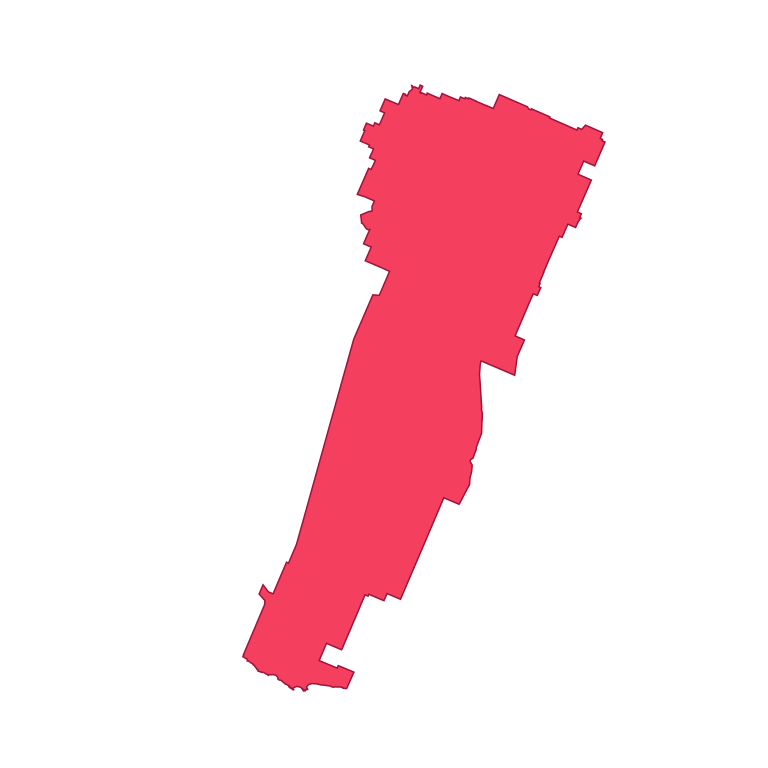 outline of Coorow, Western Australia, Australia, rotated 293°
{"feature_id": "25037944B10831634124389", "entity_name": "Coorow", "entity_type": "district", "adm_level": 2, "iso_a3": "AUS", "parent_name": "Australia", "parent_adm1": "Western Australia", "projection": "albers", "projection_center": [115.183, -29.979], "detail": "fine", "context": "isolated", "style": "filled", "palette": "rose", "viewbox_px": 768, "rotation_deg": 293, "n_neighbors": 0, "source": "geoboundaries", "source_scale": "gbopen_adm2", "svg_char_len": 5632}
<svg xmlns="http://www.w3.org/2000/svg" viewBox="0 0 768 768"><g transform="rotate(293 384 384)"><path d="M77.8,360.7L77.9,361.4L77.7,362.2L77.3,363.8L77.3,365.0L77.2,365.5L76.8,366.1L76.3,366.4L75.8,366.2L75.6,366.3L75.9,367.0L75.9,367.9L75.8,368.3L75.8,368.8L75.7,369.3L75.4,369.9L75.3,370.3L75.2,372.2L75.1,372.3L75.0,372.5L74.9,372.6L74.9,372.8L74.9,373.1L74.6,373.4L74.3,373.5L74.3,374.0L74.2,374.2L73.9,375.4L73.8,375.6L73.7,375.6L73.4,375.7L72.9,376.9L72.5,377.3L72.2,377.9L72.0,378.1L71.9,378.2L71.7,378.7L71.7,379.1L71.6,379.6L71.3,379.8L71.0,380.1L70.7,380.0L70.5,380.5L70.5,380.8L70.7,381.8L70.7,382.9L70.8,383.6L71.0,385.0L71.4,385.6L71.5,386.2L71.4,387.2L71.0,388.1L71.1,388.9L71.0,389.3L71.1,389.7L70.8,390.2L70.7,390.7L70.8,390.9L70.7,391.3L70.8,391.3L70.9,391.2L71.0,391.1L71.3,391.3L71.6,392.2L72.0,393.0L72.4,394.1L73.0,395.2L73.3,396.2L73.4,396.6L73.6,397.5L73.6,397.9L73.5,398.5L73.2,399.3L73.0,400.0L72.6,400.6L72.2,401.1L71.6,401.5L71.3,401.6L71.2,401.5L70.9,401.6L70.7,402.2L70.6,403.1L70.6,403.4L70.8,404.2L71.0,404.8L71.0,405.3L70.9,405.8L70.5,406.2L70.5,406.8L70.3,407.0L70.2,407.4L70.2,407.5L70.1,408.2L70.0,408.6L69.8,409.0L69.5,409.2L69.4,409.7L69.4,410.3L69.2,410.6L69.2,410.8L69.4,411.5L69.5,411.8L69.3,412.2L69.4,412.5L69.1,413.4L69.1,414.1L69.0,414.9L68.8,415.2L68.4,415.5L68.2,415.5L68.0,415.1L67.6,415.9L67.7,416.2L67.6,416.6L68.0,416.9L68.0,417.3L68.0,417.5L67.9,417.8L67.7,417.8L67.5,417.7L67.4,417.8L67.4,418.0L67.5,418.2L67.5,418.3L67.0,419.2L67.2,419.6L67.1,420.1L67.2,420.3L67.3,420.4L67.5,420.0L67.3,419.8L67.3,419.5L67.5,419.2L68.1,419.2L68.7,419.3L69.0,419.5L69.4,419.8L70.1,420.4L70.7,420.9L70.9,421.0L71.1,421.4L71.5,421.8L71.7,422.2L71.8,422.5L71.8,423.1L72.0,423.9L72.1,424.2L72.1,425.4L72.1,426.3L72.0,426.6L71.9,427.1L71.5,427.3L71.6,428.0L71.5,428.6L71.3,428.8L71.2,428.8L71.1,428.5L71.0,428.4L70.9,428.5L70.9,428.9L70.5,429.1L70.4,429.4L70.2,429.6L70.5,429.8L70.7,429.5L70.8,429.4L71.3,429.8L71.2,430.5L70.9,430.7L70.6,430.4L70.4,430.5L70.5,430.6L70.6,430.8L70.7,431.0L70.7,431.3L70.9,431.4L71.1,431.2L71.4,431.4L71.6,431.3L72.3,432.1L72.6,432.3L72.9,432.5L73.0,432.8L73.2,432.5L73.3,432.5L73.4,432.4L73.6,432.5L73.8,432.3L73.9,432.1L73.7,431.8L73.7,431.7L73.9,431.5L74.5,431.4L74.9,431.2L75.2,431.2L76.3,431.5L77.1,431.7L77.7,432.1L78.3,432.5L78.7,433.0L79.3,433.9L79.7,434.2L79.8,434.4L80.3,435.1L80.4,435.4L80.5,436.2L81.3,437.9L81.6,439.1L81.8,440.2L82.1,441.5L82.3,443.2L82.7,444.6L82.9,445.1L83.1,445.6L83.2,445.8L83.3,446.6L83.7,447.6L84.0,449.1L84.5,450.7L84.5,451.0L84.9,452.0L84.9,452.4L84.9,453.8L84.8,454.1L84.9,455.0L85.0,455.2L85.2,455.5L85.2,455.9L85.3,456.2L85.6,456.7L85.9,457.0L86.1,457.5L86.6,458.6L86.7,459.1L87.3,460.5L87.8,461.5L88.0,462.2L88.1,462.3L88.2,463.0L88.2,463.6L88.4,464.3L88.4,464.6L88.1,464.8L88.0,465.3L88.1,465.5L88.3,466.2L88.6,467.4L89.1,468.6L107.0,468.9L106.9,451.9L104.2,451.9L104.1,432.4L122.8,432.4L122.8,448.7L123.1,448.7L123.5,448.9L123.8,449.0L124.9,448.9L126.2,449.0L126.5,448.9L142.1,448.9L142.2,449.0L155.8,448.9L155.8,449.0L182.6,448.9L182.5,452.2L184.5,452.2L184.5,468.6L192.3,468.7L192.3,483.3L260.2,483.5L302.6,483.5L302.6,500.0L303.5,500.2L304.1,500.3L321.8,501.7L322.6,501.8L323.9,502.0L324.7,502.1L325.2,502.0L328.6,500.7L330.6,500.0L337.6,498.9L343.5,497.0L343.8,496.9L344.2,496.4L346.2,493.8L346.7,493.4L347.4,493.1L347.8,493.1L348.2,493.3L350.4,494.8L351.1,494.9L355.9,494.6L359.4,494.5L361.9,493.7L362.2,493.7L376.3,493.1L377.0,493.0L388.1,488.7L389.1,488.5L395.2,486.1L396.6,485.2L398.1,484.0L398.6,483.7L400.0,483.3L401.4,482.7L423.7,471.5L430.1,468.2L439.7,464.9L440.3,464.8L443.2,464.4L443.1,500.9L461.4,495.9L479.4,496.1L479.5,485.9L487.2,485.9L517.9,486.0L525.4,486.1L525.4,490.5L531.3,490.6L534.0,490.6L534.0,488.6L534.0,488.4L537.6,488.4L537.7,487.6L537.9,487.3L538.1,487.3L538.4,487.5L549.5,487.5L549.5,487.2L554.8,487.3L554.8,487.2L588.5,487.6L588.5,490.6L595.9,490.7L603.0,490.8L602.9,499.2L609.1,499.3L612.9,500.2L613.6,500.6L613.5,499.1L617.8,499.2L617.9,494.8L652.7,495.2L652.9,480.6L662.7,480.7L667.2,480.7L667.1,492.7L693.1,492.9L693.1,489.6L694.5,489.6L694.5,487.1L700.8,487.1L701.0,468.3L695.6,466.5L695.7,462.4L693.2,462.4L693.5,432.3L694.7,432.3L694.9,412.2L693.8,412.2L693.8,409.6L695.2,407.7L695.5,377.0L680.3,376.9L680.3,369.2L680.2,369.2L680.2,365.6L680.2,358.3L680.4,358.3L680.5,350.4L679.6,350.4L679.6,346.9L678.1,346.9L678.1,342.2L674.1,342.2L674.1,338.4L674.0,329.9L674.1,324.0L668.8,324.0L668.5,324.0L668.6,311.8L668.7,310.1L666.7,310.2L666.8,304.5L666.3,304.5L666.3,303.2L673.2,303.3L673.3,300.5L669.4,300.5L669.5,296.1L668.7,295.6L668.6,294.7L669.5,293.8L669.5,292.9L667.2,294.6L665.8,294.6L664.3,293.8L663.2,293.0L658.2,292.9L658.2,290.8L659.0,290.8L659.0,288.2L646.9,288.1L646.9,273.7L633.9,273.6L633.8,278.6L620.8,278.5L620.9,273.5L617.3,273.5L617.2,265.9L609.7,265.9L609.6,266.7L609.6,267.3L598.4,267.2L598.3,277.2L596.3,277.2L596.4,282.5L591.1,282.5L590.6,282.3L586.6,282.3L586.5,288.6L581.9,288.6L576.5,288.4L576.5,285.6L548.1,285.3L548.1,285.9L548.2,286.2L548.9,293.6L548.8,296.3L548.8,302.3L548.7,302.3L548.7,303.6L542.5,303.6L538.6,305.5L537.8,304.1L536.8,302.6L530.5,296.5L524.2,300.1L523.4,300.4L523.4,301.1L523.3,301.6L523.1,302.1L522.7,302.9L520.2,306.7L520.0,307.2L519.8,307.8L519.8,308.5L519.9,309.2L520.1,309.8L520.6,310.6L514.8,310.4L505.1,310.4L505.0,318.7L490.1,318.6L490.1,333.1L489.9,345.1L464.1,345.0L463.7,344.8L461.7,338.9L413.7,338.6L312.1,351.8L228.7,362.7L202.1,366.1L181.8,366.1L181.9,363.9L147.5,363.9L147.5,358.7L151.9,351.1L141.9,351.1L138.1,359.0L134.5,360.3L79.8,360.4L79.9,360.7L77.8,360.7Z" fill="#f43f5e" stroke="#9f1239" stroke-width="1.5"/></g></svg>